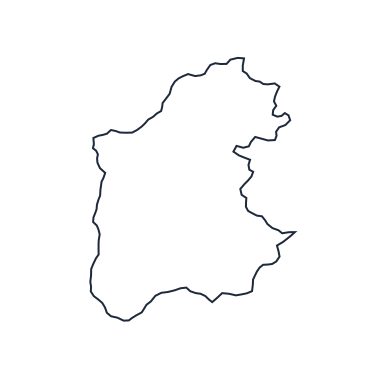 outline of Bom Jesus da Penha, Minas Gerais, Brazil, rotated 107°
{"feature_id": "56859067B40299678999449", "entity_name": "Bom Jesus da Penha", "entity_type": "district", "adm_level": 2, "iso_a3": "BRA", "parent_name": "Brazil", "parent_adm1": "Minas Gerais", "projection": "mercator", "projection_center": [-46.535, -21.01], "detail": "fine", "context": "isolated", "style": "outline", "palette": "slate", "viewbox_px": 384, "rotation_deg": 107, "n_neighbors": 0, "source": "geoboundaries", "source_scale": "gbopen_adm2", "svg_char_len": 2239}
<svg xmlns="http://www.w3.org/2000/svg" viewBox="0 0 384 384"><g transform="rotate(107 192 192)"><path d="M200.3,81.9L202.0,87.3L205.1,93.7L203.3,98.1L203.0,104.5L200.6,110.5L197.6,113.9L194.8,118.0L195.6,123.1L194.7,128.1L193.7,132.8L190.4,136.1L186.4,137.2L181.8,138.3L180.2,143.7L175.0,146.7L169.4,144.3L164.9,141.9L159.8,139.7L154.8,139.4L153.9,143.7L149.6,145.9L144.2,145.9L143.8,152.1L143.3,157.7L141.3,164.2L134.9,162.9L134.7,155.9L131.7,151.0L127.0,150.3L120.9,147.7L120.7,141.2L120.5,134.5L118.1,127.9L113.4,127.6L109.9,129.2L104.7,127.6L100.7,122.3L94.7,119.1L90.5,122.1L89.4,126.3L93.1,128.7L95.0,132.5L94.5,137.4L89.9,138.3L84.9,136.6L81.4,140.1L76.7,140.5L71.4,140.1L65.7,139.2L64.0,144.6L66.9,151.0L67.9,155.4L66.6,159.5L67.3,163.7L66.2,169.9L62.7,174.4L61.5,178.8L56.3,180.4L49.0,181.3L50.4,187.5L54.2,194.0L59.4,196.4L61.3,202.2L62.1,207.5L65.2,211.6L71.0,213.5L75.2,214.4L77.9,217.8L80.2,222.9L80.4,230.3L84.5,235.2L87.4,238.1L91.4,240.7L97.5,242.3L104.7,242.1L111.2,244.5L115.5,246.1L119.4,245.4L123.6,245.2L127.2,248.6L131.5,251.2L135.5,255.0L140.5,257.2L144.2,259.3L148.8,262.7L152.7,266.6L154.8,273.0L156.2,278.4L156.0,283.0L156.4,287.6L161.1,290.4L163.3,293.7L165.6,298.0L169.2,302.1L175.0,299.8L179.1,299.5L180.6,295.7L183.5,293.0L187.6,292.6L191.6,291.0L196.1,287.0L199.1,280.6L204.5,280.8L208.6,281.5L216.7,280.2L222.4,278.8L226.5,279.2L231.8,279.2L236.5,278.2L240.7,278.4L245.0,278.8L249.6,277.8L251.9,273.2L255.2,270.5L259.5,267.9L265.4,267.1L269.9,265.9L275.1,264.3L279.1,263.0L283.3,264.4L289.8,265.4L295.1,265.9L301.5,264.1L307.6,263.0L312.2,260.8L316.7,259.7L320.3,255.4L322.2,250.2L324.3,245.4L327.9,241.4L332.4,238.1L334.5,233.1L334.0,226.5L335.0,219.8L333.3,214.9L330.0,212.5L326.3,209.3L321.9,204.9L318.0,203.8L313.2,202.6L308.6,199.3L302.0,196.7L297.4,191.9L294.7,185.9L291.2,180.0L287.4,174.8L285.1,169.5L287.4,164.6L287.6,158.8L286.8,154.1L287.6,148.8L289.9,144.3L291.4,140.5L285.7,136.9L279.9,133.6L278.5,126.8L278.0,119.8L275.6,115.0L272.9,110.0L269.3,105.6L263.1,106.7L257.9,108.0L253.6,107.4L249.2,106.7L244.4,105.2L240.8,102.7L239.1,98.0L237.4,94.3L233.8,91.1L228.2,89.4L223.2,92.0L218.4,95.1L213.2,90.4L208.8,87.3L204.7,84.5L200.3,81.9Z" fill="none" stroke="#1e293b" stroke-width="2"/></g></svg>